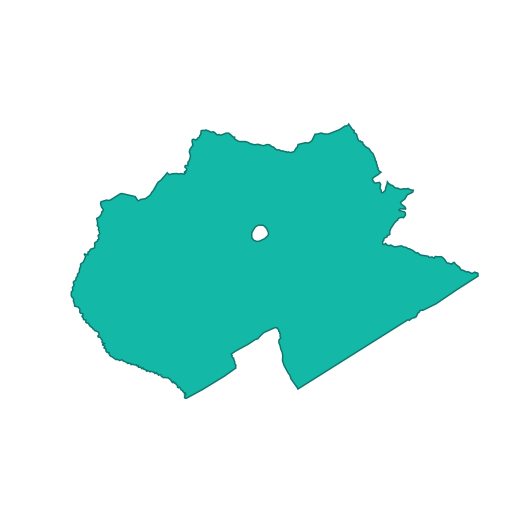 the district of Kamonia, Kasaï-Occidental, Democratic Republic of the Congo, rotated 329°
{"feature_id": "63176286B40120828568077", "entity_name": "Kamonia", "entity_type": "district", "adm_level": 2, "iso_a3": "COD", "parent_name": "Democratic Republic of the Congo", "parent_adm1": "Kasaï-Occidental", "projection": "orthographic", "projection_center": [20.742, -6.517], "detail": "fine", "context": "isolated", "style": "filled", "palette": "teal", "viewbox_px": 512, "rotation_deg": 329, "n_neighbors": 0, "source": "geoboundaries", "source_scale": "gbopen_adm2", "svg_char_len": 6087}
<svg xmlns="http://www.w3.org/2000/svg" viewBox="0 0 512 512"><g transform="rotate(329 256 256)"><path d="M76.0,225.1L76.3,226.2L77.6,227.1L77.6,230.5L78.9,233.7L78.7,234.4L79.3,235.3L79.3,236.8L81.3,239.3L81.7,240.4L81.3,242.1L80.9,242.7L79.2,243.2L79.0,244.2L80.5,245.4L80.8,249.3L79.6,250.5L79.6,251.1L81.0,252.9L79.0,252.8L78.8,253.3L79.9,255.4L79.6,256.2L78.4,256.5L79.4,258.7L78.5,260.0L78.6,261.6L79.0,262.3L79.9,262.6L80.3,263.2L79.7,263.8L79.5,266.0L79.9,267.3L80.6,268.0L82.6,272.7L84.1,273.3L85.2,275.3L87.6,275.8L88.0,277.3L90.2,280.3L90.7,282.0L91.6,281.9L91.9,282.7L93.2,283.5L93.0,284.8L94.7,285.5L96.4,287.3L97.5,287.8L97.5,289.2L98.5,289.1L98.6,289.9L98.1,290.9L99.7,291.8L100.1,293.9L101.4,293.7L101.8,294.3L101.5,295.2L103.4,297.6L102.9,298.4L104.6,299.0L105.5,300.7L106.8,301.0L108.6,303.1L108.8,304.7L110.5,304.6L110.5,306.0L111.0,306.3L111.1,308.0L112.7,308.2L113.2,308.9L112.9,310.4L114.0,312.6L115.7,313.5L118.0,315.3L118.9,317.8L119.2,321.4L120.7,321.3L120.4,322.5L120.7,323.1L121.7,323.6L121.4,324.6L122.0,326.8L121.5,327.3L121.2,328.3L121.7,329.0L123.0,329.3L122.9,332.3L123.8,333.7L123.5,334.4L124.0,336.0L124.8,336.8L123.6,337.4L124.6,338.5L122.6,339.3L121.8,340.9L122.8,342.1L141.7,342.9L167.2,342.7L181.1,341.6L181.4,340.4L182.5,339.4L182.4,337.0L183.2,336.0L183.7,333.0L184.2,332.1L183.5,330.9L183.8,329.2L184.2,329.1L184.2,327.3L190.2,327.0L203.8,327.6L212.2,327.2L215.2,327.9L216.6,327.2L221.9,325.9L224.0,325.7L235.0,327.1L236.9,328.0L236.8,328.8L237.4,330.6L236.8,332.2L237.1,333.0L236.5,334.5L236.6,335.5L235.3,337.1L235.0,339.1L233.0,339.5L231.7,340.8L230.8,342.7L230.6,344.9L229.3,348.5L228.9,351.9L227.6,355.2L224.8,359.3L223.7,364.2L223.3,373.0L223.6,375.6L222.7,379.4L223.6,390.4L223.4,391.6L353.2,388.9L354.5,390.2L355.4,389.8L359.0,389.9L360.3,390.7L360.9,390.2L362.1,390.6L365.1,388.4L366.9,388.2L368.9,387.2L371.3,388.5L385.7,389.7L411.1,388.3L436.0,387.6L437.3,385.2L436.6,384.0L435.8,383.7L435.3,382.5L432.1,382.3L430.0,379.0L428.2,378.0L425.8,374.4L424.7,374.0L424.6,370.2L423.0,366.4L422.6,363.5L421.6,363.2L420.3,363.8L419.6,363.3L419.0,363.4L417.5,361.3L416.1,360.3L415.8,355.7L415.2,353.4L414.4,352.0L410.5,349.7L409.7,348.8L408.9,348.9L407.8,349.7L406.4,347.5L403.4,346.1L403.5,344.9L397.3,339.7L396.7,337.4L396.1,336.4L395.1,336.1L394.4,335.0L393.5,332.4L391.4,329.1L390.0,327.8L389.2,326.0L387.3,324.4L385.9,322.2L379.4,319.6L377.2,316.0L375.6,315.8L374.0,314.2L373.6,312.0L371.7,312.2L370.9,311.4L371.3,309.7L372.6,308.6L373.5,308.4L374.6,307.0L375.2,306.8L378.2,307.1L379.3,306.0L381.0,306.5L381.9,306.3L383.3,303.7L384.6,302.9L385.5,301.9L391.9,298.9L394.9,298.2L396.0,298.2L396.9,297.3L398.5,297.1L400.9,298.0L402.2,299.2L405.1,298.0L406.2,296.0L406.0,294.6L402.2,290.8L402.4,290.1L404.0,289.9L408.3,292.8L408.7,292.5L409.0,290.8L407.2,286.2L407.4,284.5L413.2,283.7L417.1,281.5L423.2,282.0L424.7,280.6L422.6,279.0L421.1,276.4L419.0,275.8L417.8,274.7L414.4,273.4L413.2,272.2L412.6,270.9L411.3,270.3L410.1,268.7L409.5,266.1L407.6,263.9L407.7,263.2L407.1,262.7L406.8,260.1L405.1,262.1L402.8,263.9L400.5,266.4L397.7,267.0L396.4,266.5L396.4,265.5L397.0,264.5L397.2,263.4L397.1,261.7L399.7,258.9L399.9,257.9L399.6,256.4L396.0,255.1L395.2,254.0L395.0,250.8L395.6,249.8L397.3,249.2L402.5,249.1L406.3,248.5L405.3,246.5L405.3,244.6L406.0,243.5L405.9,242.3L406.7,240.4L406.5,239.6L407.3,238.3L407.2,237.6L407.7,237.0L407.4,235.0L408.1,234.4L409.0,228.4L408.3,226.1L408.2,222.9L407.6,221.0L406.8,220.3L406.9,219.8L405.9,218.7L406.0,216.8L405.3,215.9L406.0,213.4L405.6,212.7L404.6,212.0L404.7,211.2L403.6,210.3L403.4,209.5L404.1,205.6L404.9,203.7L404.4,202.0L403.5,200.7L404.8,199.0L403.8,197.3L403.4,190.7L402.7,191.2L401.9,191.2L400.5,191.1L399.2,190.4L392.5,190.7L380.7,188.7L377.7,186.8L375.1,184.1L371.4,183.1L369.4,182.0L363.1,186.1L359.3,186.2L356.3,184.2L349.5,182.1L347.1,184.2L345.8,184.3L342.4,186.2L338.8,185.1L337.4,183.5L336.3,183.3L335.8,182.2L335.2,182.1L333.1,179.7L332.0,179.3L330.5,176.9L328.8,176.0L327.9,174.7L327.2,171.7L325.9,170.5L325.1,168.0L323.9,166.8L322.3,165.9L319.9,165.6L318.5,164.7L315.3,161.3L311.9,159.8L309.0,156.8L307.7,154.5L305.9,152.5L301.0,149.5L299.6,148.0L297.9,144.4L298.9,143.1L297.7,142.2L296.0,136.7L293.5,135.2L289.3,134.6L287.5,134.0L286.8,132.7L285.2,132.2L284.7,131.7L284.5,129.7L283.8,128.7L283.7,127.7L280.9,126.5L280.1,124.8L277.9,122.1L276.9,122.2L275.0,120.8L273.5,120.4L271.1,123.5L270.0,123.7L268.6,124.9L267.4,124.8L265.2,125.6L264.2,125.5L262.3,123.5L261.4,123.5L260.4,124.4L258.9,128.6L254.8,130.3L253.4,131.3L252.4,132.6L251.6,136.2L249.1,138.9L247.3,140.2L246.0,140.5L244.2,143.4L242.3,142.1L241.4,142.3L240.8,143.4L241.5,145.3L240.9,146.7L237.9,147.2L237.6,147.7L238.8,147.7L238.9,148.0L236.5,148.9L234.3,146.8L231.8,145.8L230.6,144.5L227.2,142.7L223.3,141.4L222.8,139.0L213.5,142.1L209.8,142.4L201.7,147.0L198.8,148.0L197.9,148.8L195.9,149.4L190.8,149.9L186.2,148.1L184.1,148.3L183.2,147.4L183.1,142.9L173.4,133.5L172.0,132.8L170.6,132.8L159.7,133.0L158.4,132.6L156.7,131.1L151.1,129.7L149.5,131.4L148.8,134.5L149.1,137.7L148.5,138.3L146.4,138.8L145.4,140.3L143.3,141.3L141.0,141.9L139.3,141.7L138.5,142.1L138.3,143.6L136.8,146.9L135.6,148.1L136.1,150.5L134.3,152.4L134.5,153.6L133.6,156.1L133.2,156.6L131.1,157.2L130.4,160.0L129.7,160.8L128.6,160.6L127.4,161.7L125.6,161.5L124.3,161.8L122.9,164.6L121.6,165.9L117.7,165.0L115.7,166.1L114.0,166.2L112.5,168.4L110.0,165.9L109.7,166.1L109.7,168.6L107.1,170.8L104.7,172.3L101.4,172.6L100.3,174.6L97.9,176.4L96.0,179.0L93.6,179.6L92.6,181.4L90.7,181.9L89.0,183.9L86.5,184.0L85.8,184.5L84.9,187.6L82.4,188.4L81.4,191.0L79.1,191.8L77.3,194.7L77.0,196.1L77.6,197.9L77.3,199.2L76.3,200.5L75.7,203.5L74.7,205.6L77.4,208.2L77.6,210.9L76.1,213.2L76.0,214.0L76.3,214.8L77.7,216.1L77.3,217.9L75.9,217.9L75.7,218.6L76.1,220.2L75.4,221.6L77.2,223.4L76.0,225.1ZM272.4,245.6L266.9,245.1L264.2,244.0L262.1,241.2L261.9,238.2L263.2,235.6L264.5,233.9L267.3,232.2L269.7,231.0L271.9,230.6L274.3,231.0L278.1,233.4L279.0,236.4L279.2,238.2L278.8,242.0L278.0,243.6L276.7,244.7L272.4,245.6Z" fill="#14b8a6" stroke="#0f766e" stroke-width="1.5"/></g></svg>